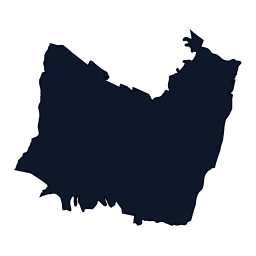 the district of Chia, Cundinamarca, Colombia
{"feature_id": "7082276B36074400968325", "entity_name": "Chia", "entity_type": "district", "adm_level": 2, "iso_a3": "COL", "parent_name": "Colombia", "parent_adm1": "Cundinamarca", "projection": "orthographic", "projection_center": [-74.043, 4.869], "detail": "fine", "context": "isolated", "style": "filled", "palette": "ink", "viewbox_px": 256, "rotation_deg": 0, "n_neighbors": 0, "source": "geoboundaries", "source_scale": "gbopen_adm2", "svg_char_len": 5680}
<svg xmlns="http://www.w3.org/2000/svg" viewBox="0 0 256 256"><path d="M191.0,31.1L192.2,37.2L192.2,38.5L191.9,39.3L191.1,39.6L190.3,39.5L186.9,37.7L186.0,37.6L185.0,37.9L183.7,39.0L183.4,39.4L183.5,40.0L183.6,40.3L184.0,40.4L186.1,40.0L186.8,40.1L187.9,41.0L189.0,42.1L189.3,43.3L189.0,43.8L188.5,44.0L186.8,44.1L186.1,44.3L185.3,44.8L185.3,45.3L185.8,45.7L189.0,45.9L190.5,47.0L191.2,47.9L191.5,48.5L191.5,51.1L191.8,51.8L192.3,51.9L193.5,51.0L193.9,50.9L196.8,51.5L196.9,52.4L196.1,55.7L195.6,56.8L193.6,59.9L192.8,60.8L192.1,61.2L191.2,61.3L189.9,60.6L189.0,60.4L187.1,60.7L184.5,60.8L183.5,61.1L183.3,61.4L183.5,61.9L185.4,62.7L185.3,64.1L184.6,65.6L181.0,70.2L180.2,71.7L179.9,71.8L179.7,71.7L178.0,69.2L177.6,68.7L177.3,68.7L176.8,69.6L176.8,70.1L178.3,72.2L178.5,72.8L178.2,73.2L177.7,73.5L175.5,74.0L173.3,75.4L170.6,76.1L169.9,76.5L169.7,77.1L169.7,79.5L168.7,83.9L168.6,85.2L168.7,87.0L169.9,90.6L169.9,91.2L169.7,91.6L168.9,91.6L166.5,90.8L165.5,90.8L165.1,92.0L162.7,95.1L161.8,96.2L160.6,97.1L158.8,97.6L156.3,97.9L155.0,98.4L153.6,99.5L152.4,100.9L151.3,100.0L148.7,94.8L147.8,94.3L133.8,88.0L133.2,87.9L132.8,91.2L131.9,91.2L126.5,86.6L125.9,86.5L125.3,87.0L124.3,86.6L124.5,86.1L121.0,84.5L119.5,87.7L107.8,82.1L106.3,81.5L105.6,81.4L105.5,80.3L104.9,79.9L105.0,79.4L105.5,79.2L106.6,79.2L107.3,79.0L107.5,78.7L106.4,77.7L106.3,77.0L106.8,76.9L108.4,77.7L108.7,77.4L108.7,76.9L107.6,76.4L107.9,75.3L107.3,75.1L106.3,75.3L105.6,76.9L105.2,77.0L104.8,76.9L104.6,76.4L104.5,75.4L104.1,75.2L103.8,74.4L103.9,74.1L104.2,74.0L106.1,73.9L107.3,74.4L107.3,74.2L106.7,73.0L106.7,72.6L104.9,71.7L103.9,71.0L100.6,69.1L98.7,67.3L94.6,64.2L93.6,63.0L91.8,61.6L91.0,61.3L90.4,61.3L88.0,65.9L87.9,65.8L71.3,52.8L66.9,48.9L62.9,45.8L60.9,45.7L57.6,45.9L55.0,45.2L53.8,44.8L50.4,44.0L50.6,44.7L48.9,47.3L48.1,50.4L47.0,51.4L46.5,52.1L45.4,54.4L45.1,55.4L44.9,60.0L43.9,62.7L44.1,64.5L44.8,66.5L44.9,69.3L45.5,72.5L45.3,72.9L43.4,72.8L42.6,73.2L40.7,78.5L39.9,79.8L39.9,83.8L41.2,89.5L41.3,90.8L41.2,93.1L41.4,95.5L41.0,96.9L41.1,99.6L41.0,102.0L40.0,103.7L39.1,106.1L38.9,107.3L39.0,108.2L39.4,109.5L39.8,111.6L40.1,114.5L40.1,116.7L39.5,119.0L39.3,121.9L38.5,124.7L38.6,125.5L38.4,127.3L39.2,130.7L39.5,132.6L39.4,134.1L38.8,135.7L38.0,136.3L36.0,137.7L34.2,138.2L32.3,139.1L32.2,141.0L31.6,142.7L31.0,143.5L30.7,145.5L29.4,147.2L28.5,150.1L27.8,151.5L27.3,152.2L25.8,153.1L24.5,153.4L23.7,153.8L23.2,155.2L23.2,157.1L22.1,157.4L21.4,157.8L20.6,159.2L19.3,160.1L18.5,161.0L18.8,161.9L18.7,162.7L18.1,163.3L17.3,165.1L16.4,167.7L16.3,168.6L15.4,169.5L31.0,172.7L42.1,180.0L49.2,185.3L48.0,185.9L48.3,186.3L48.9,186.3L49.4,186.9L49.4,187.3L49.1,187.8L48.3,188.2L47.2,187.7L46.9,188.0L46.5,189.4L46.2,189.7L44.8,190.2L44.0,190.7L43.5,190.5L43.1,190.6L43.1,191.4L43.7,192.5L43.7,193.8L43.4,193.9L42.4,193.7L42.1,193.1L41.8,193.1L40.6,196.2L42.8,195.1L43.4,195.0L46.9,193.9L48.6,193.4L50.2,193.5L52.6,192.9L54.7,192.9L57.2,193.9L59.6,195.9L61.1,197.7L62.3,202.4L62.8,205.7L62.9,209.0L63.3,209.5L64.2,209.5L66.1,209.0L66.9,209.0L69.8,210.5L70.4,210.5L70.6,210.3L70.5,208.3L69.5,203.9L69.5,201.9L69.9,200.1L71.2,197.1L72.2,195.7L72.9,195.6L73.6,195.9L74.1,196.4L74.5,196.9L74.7,198.6L74.4,201.4L74.9,204.8L75.1,205.5L75.6,205.7L76.0,205.5L76.3,204.9L76.5,203.3L76.5,202.1L76.1,200.0L76.1,198.8L77.8,195.8L78.3,195.5L78.9,195.7L79.0,196.4L78.5,200.9L78.7,201.7L79.2,202.9L80.5,204.9L81.8,208.9L82.8,211.1L83.2,211.4L83.5,211.3L83.8,211.0L83.9,209.6L84.1,209.1L85.2,208.5L87.5,208.2L90.6,208.4L91.9,208.6L92.7,208.3L96.2,204.3L96.8,203.0L97.0,200.9L97.3,200.5L97.9,200.2L98.8,200.4L99.7,200.9L102.5,203.8L104.2,205.2L105.0,205.5L105.9,205.4L106.3,204.8L106.3,204.0L104.9,201.3L104.7,199.0L104.2,196.9L104.2,196.6L104.6,196.4L105.2,196.6L105.7,197.1L106.4,198.4L108.9,204.3L109.6,205.5L111.1,206.9L111.6,206.3L112.5,206.1L114.4,204.7L115.2,202.0L116.0,200.4L116.6,200.8L122.1,208.5L122.3,209.4L122.6,212.8L135.0,215.4L134.0,222.5L135.8,222.5L137.2,224.1L137.8,224.5L137.9,224.9L139.6,224.4L140.4,224.3L141.5,223.4L141.2,219.6L143.5,219.2L144.5,220.2L145.5,219.9L150.6,220.5L151.9,220.2L154.2,220.3L156.1,221.8L156.9,222.2L157.8,222.1L160.6,221.2L162.0,221.1L163.0,221.3L164.0,221.6L165.5,222.6L167.5,223.1L170.8,224.7L171.6,224.9L172.8,224.7L173.9,224.1L174.4,224.0L174.9,224.1L175.8,224.7L176.4,224.8L177.6,224.8L181.3,224.1L182.5,224.2L184.0,224.5L185.5,224.4L185.8,224.1L186.4,223.3L186.9,221.9L187.3,221.5L189.8,220.5L190.5,220.0L194.0,207.4L194.9,205.0L195.2,203.5L195.6,199.6L196.1,197.1L197.4,193.8L198.6,191.8L201.2,189.4L201.9,188.3L202.3,187.2L203.0,184.3L203.5,178.7L204.3,175.4L205.3,173.5L207.8,170.3L209.9,169.2L210.7,168.3L211.3,168.1L211.6,167.7L211.8,167.1L212.1,166.8L213.7,167.5L214.2,167.3L214.4,166.9L215.1,163.8L217.8,155.0L219.1,151.8L219.7,149.6L220.3,145.9L221.0,144.3L222.4,139.4L223.5,130.4L223.7,126.8L224.9,120.6L225.7,118.6L227.0,117.1L228.5,114.7L230.7,110.5L231.5,108.3L231.5,98.8L232.0,96.2L232.1,94.7L228.9,93.8L229.8,93.4L230.5,92.7L231.0,91.8L232.0,90.8L232.6,90.0L234.7,80.1L234.4,80.0L233.9,80.2L233.5,80.8L233.4,81.9L233.0,82.2L232.2,82.3L231.8,82.0L231.9,80.7L232.3,79.5L233.9,78.3L234.2,77.9L234.1,77.6L234.7,77.3L234.9,77.0L234.5,76.4L234.8,75.6L235.3,74.9L235.8,73.9L236.0,74.5L236.4,73.9L236.4,71.7L236.9,71.1L237.2,70.2L237.6,67.7L238.0,66.1L238.4,65.5L239.1,64.9L239.5,64.3L240.5,63.2L240.6,62.4L240.5,62.1L239.4,61.6L235.6,61.1L234.9,60.6L234.3,59.7L234.1,59.7L232.1,59.9L229.6,61.2L228.8,61.4L227.3,61.3L224.4,60.8L221.5,59.2L218.6,56.5L216.3,55.0L212.5,54.0L211.4,53.4L210.6,52.6L210.2,51.6L209.0,50.2L207.5,49.0L204.9,48.1L200.4,47.2L202.9,40.4L199.6,38.1L192.8,32.8L191.0,31.1Z" fill="#0f172a" stroke="#020617" stroke-width="1.5"/></svg>